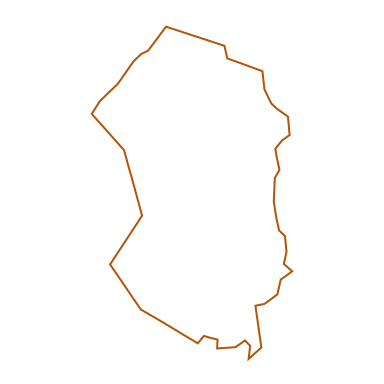 Dom Pedro de Alcântara, Rio Grande do Sul, Brazil (Equal Earth projection), rotated 183°
{"feature_id": "56859067B47618181554929", "entity_name": "Dom Pedro de Alcântara", "entity_type": "district", "adm_level": 2, "iso_a3": "BRA", "parent_name": "Brazil", "parent_adm1": "Rio Grande do Sul", "projection": "equal_earth", "projection_center": [-49.866, -29.366], "detail": "fine", "context": "isolated", "style": "outline", "palette": "amber", "viewbox_px": 384, "rotation_deg": 183, "n_neighbors": 0, "source": "geoboundaries", "source_scale": "gbopen_adm2", "svg_char_len": 744}
<svg xmlns="http://www.w3.org/2000/svg" viewBox="0 0 384 384"><g transform="rotate(183 192 192)"><path d="M226.6,355.7L243.2,330.9L250.1,327.0L257.1,319.6L271.7,296.2L288.8,277.9L296.2,264.7L262.0,230.2L256.5,213.4L253.7,205.5L240.6,165.7L270.0,115.4L237.0,72.0L212.3,59.3L194.1,49.5L178.3,41.2L172.6,48.9L166.4,47.4L158.8,46.0L158.7,37.1L140.5,39.3L131.3,46.5L125.9,41.5L126.7,28.3L114.6,40.3L122.7,81.7L113.6,84.1L101.4,94.2L98.8,109.2L87.8,118.0L96.5,125.0L94.5,137.4L96.9,152.9L103.0,158.1L106.0,168.8L109.8,186.2L110.0,210.4L105.8,218.7L109.1,230.8L111.1,239.5L104.7,248.3L97.5,254.0L100.1,272.2L111.7,279.7L117.4,284.5L125.0,298.2L128.0,316.3L163.7,327.3L167.3,339.7L226.6,355.7Z" fill="none" stroke="#b45309" stroke-width="2"/></g></svg>